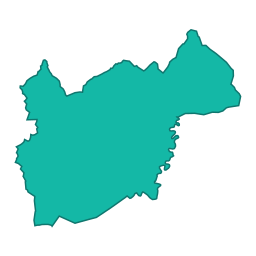 Misau, Bauchi, Nigeria
{"feature_id": "59680162B30906229675123", "entity_name": "Misau", "entity_type": "district", "adm_level": 2, "iso_a3": "NGA", "parent_name": "Nigeria", "parent_adm1": "Bauchi", "projection": "mercator", "projection_center": [10.494, 11.386], "detail": "fine", "context": "isolated", "style": "filled", "palette": "teal", "viewbox_px": 256, "rotation_deg": 0, "n_neighbors": 0, "source": "geoboundaries", "source_scale": "gbopen_adm2", "svg_char_len": 4437}
<svg xmlns="http://www.w3.org/2000/svg" viewBox="0 0 256 256"><path d="M186.8,34.2L187.6,36.2L187.6,36.6L187.6,38.8L184.0,43.9L182.8,44.0L178.6,48.6L176.0,57.6L175.8,57.6L172.6,59.4L169.7,62.1L169.3,63.9L167.9,66.7L167.9,66.8L163.2,72.9L162.9,72.9L158.1,69.0L157.5,64.1L155.4,62.3L154.0,61.8L150.0,65.0L147.3,68.0L144.9,70.2L143.7,70.9L137.9,67.2L136.7,65.7L136.3,65.9L134.3,66.4L129.4,61.2L126.3,60.8L123.6,60.3L122.5,61.2L121.7,62.5L120.1,63.1L118.3,63.1L117.3,64.2L115.9,63.8L114.9,64.8L114.0,65.7L112.6,68.1L111.4,68.3L110.6,68.3L110.2,69.5L106.9,71.5L105.5,72.1L104.5,72.5L101.9,74.0L97.1,76.4L94.3,76.7L93.8,77.0L91.5,79.2L90.9,79.2L87.3,81.9L85.8,84.7L83.5,85.9L82.5,92.2L79.8,92.0L78.4,92.2L75.0,92.7L66.8,96.1L65.5,94.8L65.5,94.7L64.8,92.1L63.4,89.3L62.8,88.6L60.2,86.6L60.1,85.4L60.2,84.9L59.3,81.1L56.5,78.3L54.2,76.9L52.1,75.7L51.4,74.0L49.6,71.7L48.7,69.6L48.3,69.1L47.3,66.9L47.9,65.6L46.9,62.9L46.8,61.5L44.9,59.9L43.4,60.3L42.6,62.7L42.2,63.9L42.0,65.1L41.6,65.3L41.2,65.8L40.6,66.1L40.7,66.9L40.8,68.2L40.9,68.6L41.0,69.1L38.6,71.6L38.1,71.6L38.0,72.0L37.9,72.4L37.7,73.0L37.6,73.5L37.0,75.1L34.4,76.0L33.7,76.2L32.7,76.8L31.3,77.6L30.3,78.2L28.4,79.6L26.9,80.8L26.1,82.5L25.5,83.7L23.2,86.3L20.3,86.0L20.1,87.4L20.4,88.3L21.9,89.6L22.7,92.0L22.6,93.5L23.6,94.2L24.2,94.2L27.0,98.1L25.6,100.2L24.4,101.2L26.7,104.0L25.6,107.9L26.3,109.8L29.6,112.4L27.0,119.8L37.0,119.5L36.8,121.4L35.5,124.5L37.8,127.5L36.7,128.9L37.6,132.9L34.8,134.7L32.7,135.2L30.8,134.5L30.6,137.3L29.7,140.0L28.7,141.0L27.8,141.1L24.6,139.5L24.2,141.5L23.1,142.7L21.6,144.0L20.2,144.9L16.4,146.8L17.9,148.5L18.1,149.1L16.5,152.8L17.1,153.2L18.0,155.6L18.0,156.5L16.6,158.5L16.6,159.6L15.4,162.4L18.4,163.5L21.8,166.4L20.5,169.0L23.9,172.8L23.4,175.8L23.1,176.2L25.8,181.1L25.3,181.7L26.0,189.2L27.4,189.9L28.1,192.0L34.8,196.4L34.4,200.7L35.6,211.2L35.4,211.3L35.2,211.8L34.0,220.2L34.9,225.7L37.6,225.1L39.4,225.1L41.9,224.5L45.0,224.4L47.0,224.4L48.1,224.4L49.3,224.7L50.6,225.0L51.8,225.6L52.1,226.2L59.2,216.1L75.0,223.2L79.3,222.0L83.4,220.9L88.8,219.4L96.4,217.4L110.6,207.9L125.4,197.4L127.1,196.0L129.9,198.3L131.1,198.0L133.1,196.4L134.1,195.2L135.0,193.5L136.7,192.9L137.2,193.7L138.1,194.8L138.8,195.6L140.3,196.0L141.0,195.5L141.4,194.3L141.9,193.1L142.7,192.0L143.5,192.2L144.5,192.8L145.4,193.5L146.6,194.3L147.7,195.2L148.7,196.4L149.7,197.6L151.0,198.6L152.5,199.5L153.4,199.4L154.5,199.3L155.0,199.2L156.0,199.0L156.7,198.4L157.1,195.6L157.5,194.0L157.7,192.2L157.8,190.6L157.4,189.1L157.9,187.7L158.9,186.9L160.6,185.6L160.6,184.7L159.7,184.2L158.7,183.9L156.6,183.4L155.5,183.2L154.6,182.9L154.5,182.0L154.7,181.3L155.4,181.2L155.8,180.4L156.3,179.0L156.7,177.6L157.2,176.1L156.9,175.0L157.5,174.4L157.9,173.9L159.2,173.4L160.7,173.3L161.4,172.3L161.5,171.2L160.8,170.4L160.3,169.4L159.5,168.3L159.5,166.7L160.5,166.1L161.4,165.8L162.7,165.4L163.8,165.2L164.8,165.7L164.9,166.7L164.5,168.1L164.4,169.1L164.5,169.6L165.0,170.1L166.2,169.9L167.2,169.1L168.5,168.2L169.2,167.2L169.7,166.0L169.4,164.8L168.4,164.2L167.0,164.0L166.0,164.0L165.4,163.4L165.3,163.1L165.4,162.1L166.1,161.0L167.3,160.9L168.5,160.9L169.4,160.4L170.0,159.1L170.3,158.0L171.0,157.2L172.2,156.8L173.6,155.8L173.3,155.2L173.0,154.7L172.8,153.8L172.9,153.2L172.3,152.2L171.4,152.2L170.3,151.9L169.4,151.4L168.5,149.7L169.0,148.6L169.9,148.4L170.8,148.7L171.8,148.8L172.5,149.0L173.3,148.9L174.4,148.5L175.5,146.3L175.5,145.1L175.3,144.0L174.4,142.4L174.5,140.9L174.9,140.0L175.8,139.1L177.1,138.5L177.9,138.2L178.6,137.4L178.3,136.2L177.6,135.6L176.0,135.7L174.2,137.2L173.4,138.2L172.6,138.6L171.8,138.5L171.6,137.6L172.2,136.4L173.5,135.1L174.7,134.0L175.4,132.5L175.2,131.5L174.4,131.0L173.2,130.8L171.2,131.0L170.4,130.8L169.9,130.7L169.5,129.5L169.7,128.6L170.6,127.7L172.2,127.4L173.3,127.3L174.3,126.8L174.4,125.8L175.0,124.4L176.2,124.3L177.1,125.0L178.3,125.7L179.2,125.4L179.3,124.3L179.0,123.6L178.0,122.8L176.7,122.9L176.0,122.3L176.1,121.4L176.7,120.4L178.6,119.8L179.2,119.2L179.0,118.5L178.0,117.9L177.3,117.4L177.0,117.0L178.2,117.0L185.2,113.5L194.7,113.3L199.1,114.0L203.8,114.7L212.3,112.2L218.4,112.4L222.9,110.9L226.4,107.8L228.8,107.1L238.7,105.6L240.6,96.4L239.2,93.7L235.4,90.0L234.4,87.4L231.5,84.5L230.9,84.2L233.4,75.9L233.2,70.3L231.1,68.4L226.4,62.3L216.2,53.7L209.8,49.1L205.9,45.4L202.1,45.5L199.2,37.1L198.1,36.4L196.5,31.2L194.5,30.7L191.0,29.8L187.8,32.3L186.8,34.2Z" fill="#14b8a6" stroke="#0f766e" stroke-width="1.5"/></svg>